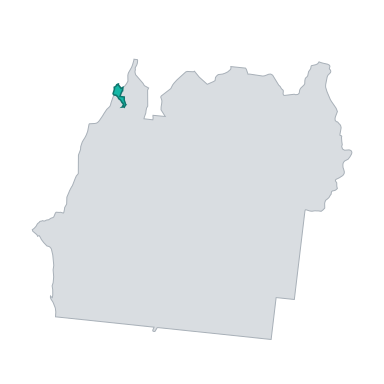 Geisan, Blue Nile, Sudan shown in context, rotated 186°
{"feature_id": "16777658B89515248440242", "entity_name": "Geisan", "entity_type": "district", "adm_level": 2, "iso_a3": "SDN", "parent_name": "Sudan", "parent_adm1": "Blue Nile", "projection": "robinson", "projection_center": [34.705, 11.239], "detail": "fine", "context": "in_parent", "style": "filled", "palette": "teal", "viewbox_px": 384, "rotation_deg": 186, "n_neighbors": 0, "source": "geoboundaries", "source_scale": "gbopen_adm2", "svg_char_len": 5205}
<svg xmlns="http://www.w3.org/2000/svg" viewBox="0 0 384 384"><g transform="rotate(186 192 192)"><path d="M263.6,318.0L260.1,317.9L259.8,317.0L259.8,314.5L260.2,312.6L261.5,309.5L261.1,307.8L261.3,305.5L260.4,302.8L252.1,295.0L250.5,292.8L246.0,290.9L246.8,288.7L245.0,272.7L245.9,270.9L246.2,268.1L246.2,265.7L247.2,261.6L247.4,259.8L238.5,259.7L238.4,261.5L238.8,263.4L238.8,264.2L226.5,264.3L231.4,270.5L231.6,273.3L231.4,276.7L231.4,278.9L231.7,280.3L233.0,283.1L232.9,283.6L232.6,284.3L223.9,292.6L222.4,296.5L221.2,298.5L218.7,301.9L210.7,310.8L209.4,311.4L203.3,311.7L202.7,312.0L202.2,312.4L196.8,307.0L188.1,300.7L182.3,304.0L180.7,305.2L180.6,308.3L179.8,309.8L178.2,311.5L173.9,312.5L171.7,313.5L169.0,315.2L166.4,318.0L166.2,319.5L166.5,320.8L151.7,320.8L150.8,319.7L148.6,315.0L147.1,315.3L133.7,314.7L131.8,315.2L127.9,317.2L126.0,317.5L124.0,316.6L116.9,307.3L115.4,306.2L113.8,304.0L112.3,303.0L111.8,302.3L111.7,301.3L111.7,299.3L111.2,298.0L110.1,297.7L100.6,299.9L99.2,299.6L97.2,300.0L96.6,300.4L95.7,301.6L95.6,304.2L95.3,305.4L94.6,306.8L91.9,310.0L91.2,311.3L91.4,314.8L91.2,316.6L90.8,317.4L89.6,318.7L89.1,319.5L88.6,323.9L87.1,326.6L86.8,327.5L86.7,329.5L86.4,330.1L82.1,331.6L80.5,332.6L79.5,334.1L79.3,334.7L77.4,334.2L75.1,333.8L70.6,333.3L68.8,332.6L68.0,331.6L68.3,328.9L67.8,328.3L67.1,327.8L66.6,326.7L66.7,325.3L69.1,322.2L69.6,320.5L70.3,312.7L70.1,310.3L68.3,306.0L64.1,298.4L63.0,296.9L57.7,290.7L57.1,289.8L55.8,287.2L57.3,281.5L57.4,279.9L57.1,278.2L55.7,277.0L54.5,276.9L52.9,275.3L51.9,274.6L51.0,273.3L50.4,271.4L50.9,264.6L50.6,263.7L49.2,263.5L48.9,263.0L49.0,261.7L48.3,257.8L47.5,254.7L47.9,252.9L46.8,250.5L44.6,249.5L40.3,250.3L39.0,250.1L38.1,249.7L37.4,248.8L37.1,247.7L37.4,246.2L38.7,243.3L40.2,240.9L43.4,238.8L44.2,237.7L44.7,236.4L44.8,234.9L44.6,233.4L44.3,232.0L43.4,230.1L42.6,227.9L42.6,226.5L43.0,225.4L43.8,224.1L46.9,221.6L50.1,219.6L50.6,218.8L50.5,218.0L49.0,216.2L48.6,212.9L47.8,210.6L49.4,208.9L50.6,208.3L52.5,207.7L53.2,207.0L53.4,205.6L53.4,204.3L54.1,203.3L55.0,201.2L55.7,200.2L58.2,197.7L58.7,196.1L58.9,194.6L58.3,189.9L59.7,188.0L61.5,186.3L64.1,186.4L68.0,186.1L70.7,185.4L72.6,185.4L77.0,186.3L77.5,185.9L77.7,184.7L79.0,95.8L97.0,95.8L97.3,95.7L97.9,53.6L211.5,53.6L212.4,53.5L214.2,49.6L215.0,49.3L216.2,49.5L216.6,50.4L215.6,53.6L314.7,53.6L314.9,58.4L315.8,62.3L318.6,67.7L321.0,70.7L321.8,72.3L321.9,73.1L321.8,73.8L321.1,73.0L319.9,72.4L319.7,75.0L320.3,80.3L321.3,84.0L320.6,87.4L320.7,93.2L322.0,100.1L321.8,104.5L323.9,114.9L325.9,120.6L327.0,122.0L328.3,122.8L330.7,123.2L334.2,126.2L337.0,129.2L338.0,130.9L339.4,132.6L340.3,132.3L340.9,131.8L341.8,133.3L346.2,136.3L346.9,137.8L345.3,139.2L343.5,141.6L342.6,143.8L342.1,144.6L340.6,146.0L340.4,146.6L339.8,147.1L339.1,147.1L337.6,147.9L336.2,147.6L334.8,148.1L334.3,148.6L333.2,149.1L331.8,149.3L329.5,151.2L327.5,152.1L326.8,152.9L325.7,156.7L325.0,157.7L322.0,157.8L320.5,158.1L318.5,157.7L317.6,157.7L317.3,158.5L317.0,161.8L317.0,163.2L315.4,166.9L315.9,173.8L314.3,179.0L314.0,180.2L312.4,184.3L311.6,185.8L309.5,193.5L308.7,195.9L307.0,198.4L308.8,216.8L307.3,222.5L307.4,225.6L306.4,230.1L305.5,232.2L304.2,234.8L303.1,237.6L302.1,241.4L301.5,248.5L301.2,249.1L295.8,250.0L294.2,250.5L293.1,251.3L291.7,253.1L289.0,258.1L287.6,261.1L285.4,265.3L282.8,268.3L282.2,269.7L281.8,272.4L280.8,276.7L280.0,279.7L280.1,282.1L279.3,286.3L279.4,288.4L278.5,289.5L277.3,290.6L276.4,290.9L272.8,288.0L270.2,290.0L268.5,292.7L267.3,295.5L268.0,301.3L267.9,302.6L267.6,304.0L265.1,309.7L264.4,312.3L263.6,316.9L263.6,318.0Z" fill="#d9dde1" stroke="#a8b0b8" stroke-width="1"/><path d="M271.6,288.9L271.8,288.8L273.1,287.7L273.3,287.5L273.8,288.0L274.3,288.5L274.5,288.7L274.7,289.0L274.8,289.1L275.1,289.4L275.3,289.6L275.6,289.9L275.6,290.0L275.9,290.3L276.1,290.7L276.2,290.8L276.3,290.9L276.8,290.8L276.8,291.0L276.7,291.3L276.7,291.5L276.6,291.8L276.8,291.8L276.9,291.6L277.1,291.4L277.3,291.1L277.5,291.1L277.9,291.0L278.1,290.8L278.2,290.7L278.2,290.4L278.2,290.1L278.3,289.8L278.6,289.5L278.7,289.4L279.3,288.8L280.2,288.0L280.3,288.0L280.3,287.9L280.3,287.6L280.2,287.4L280.1,287.2L280.1,286.7L279.9,286.7L279.9,286.4L280.0,285.6L280.2,284.5L280.8,281.6L280.6,281.2L280.3,280.9L280.2,280.8L280.2,280.7L279.9,280.6L279.7,280.5L279.5,280.4L279.2,280.4L278.8,280.2L278.6,280.4L278.4,280.4L278.1,280.3L277.8,280.2L277.5,280.2L277.3,280.2L277.0,280.0L276.8,279.8L276.8,279.7L276.7,279.5L276.4,279.3L276.1,279.2L275.8,278.9L275.6,278.6L275.2,278.2L274.9,277.8L274.9,277.5L274.7,277.2L274.1,276.8L273.5,276.6L272.9,276.0L272.5,275.8L272.1,275.3L271.9,275.0L271.8,274.8L271.6,274.7L271.3,274.0L271.1,273.9L270.7,273.8L270.4,273.5L270.4,273.1L269.9,273.0L269.6,272.5L269.4,271.5L269.4,270.8L269.9,270.4L269.9,269.9L269.9,269.7L270.0,269.6L270.4,269.2L270.0,269.3L269.6,269.2L268.9,269.5L268.7,269.5L268.2,269.2L267.8,270.2L267.6,270.7L267.3,271.2L267.2,271.5L266.9,271.8L267.2,271.9L267.4,272.1L267.4,272.3L267.4,272.5L267.4,272.8L267.8,273.7L268.5,275.2L268.8,275.8L269.1,276.6L269.1,277.6L269.2,278.2L269.3,279.4L273.7,279.5L272.9,282.6L271.9,285.5L271.6,285.5L271.6,286.6L271.6,287.8L271.6,288.8L271.6,288.9Z" fill="#14b8a6" stroke="#0f766e" stroke-width="1.5"/></g></svg>